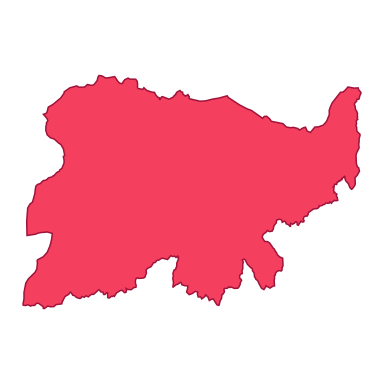 outline of Phonxay, Louangphrabang, Laos
{"feature_id": "54806243B12835501655609", "entity_name": "Phonxay", "entity_type": "district", "adm_level": 2, "iso_a3": "LAO", "parent_name": "Laos", "parent_adm1": "Louangphrabang", "projection": "equal_earth", "projection_center": [102.787, 19.886], "detail": "fine", "context": "isolated", "style": "filled", "palette": "rose", "viewbox_px": 384, "rotation_deg": 0, "n_neighbors": 0, "source": "geoboundaries", "source_scale": "gbopen_adm2", "svg_char_len": 5926}
<svg xmlns="http://www.w3.org/2000/svg" viewBox="0 0 384 384"><path d="M358.2,87.9L354.1,88.1L347.9,87.0L345.1,90.3L342.9,92.1L340.4,92.3L332.3,102.7L330.5,106.5L329.2,110.3L329.3,114.6L326.6,121.3L323.3,125.1L318.6,126.8L314.8,127.1L310.4,132.5L307.1,131.0L305.5,127.2L303.2,127.8L299.7,130.0L297.5,128.4L293.5,127.4L290.3,127.7L286.3,127.0L282.9,123.6L271.3,121.3L270.0,119.2L266.8,116.3L264.3,116.4L262.6,118.3L251.4,110.4L247.0,108.8L239.4,104.8L228.3,97.5L227.2,95.8L218.8,98.1L212.2,99.2L205.5,100.9L200.0,101.2L189.6,98.8L189.1,98.2L189.3,96.8L187.9,94.6L186.7,95.5L186.0,95.5L185.7,96.1L184.9,95.8L182.9,94.1L182.6,92.2L181.2,91.9L180.0,90.5L177.3,91.8L175.8,93.7L175.8,94.5L174.3,95.5L173.2,97.0L169.2,99.2L162.3,96.6L161.4,97.1L160.1,99.4L159.5,99.4L159.5,97.9L157.9,97.3L156.0,95.3L154.5,92.4L151.8,92.1L146.7,90.4L143.9,87.7L142.7,89.4L138.2,88.5L137.5,87.7L137.6,83.8L137.1,81.1L135.7,79.2L129.7,79.1L128.1,78.1L124.9,79.6L123.3,81.5L122.5,83.5L120.1,83.4L118.2,81.8L114.7,76.6L107.0,78.0L105.2,77.8L101.7,75.8L99.0,75.5L97.9,77.3L97.2,80.5L94.4,84.2L92.9,85.2L91.0,85.3L87.4,84.5L84.6,87.1L78.9,87.2L76.8,85.9L69.9,87.8L64.2,91.8L64.0,93.3L60.7,98.0L53.0,104.4L48.3,107.1L47.0,112.2L45.9,113.5L43.4,114.3L47.0,118.5L47.9,120.6L46.3,123.1L46.6,123.9L45.9,126.3L45.8,130.4L47.2,134.9L50.3,137.7L54.3,139.1L58.9,143.3L60.8,144.4L63.4,148.9L64.7,155.5L63.3,156.5L64.1,160.2L64.0,163.2L61.9,168.3L59.6,170.1L59.5,170.9L58.7,171.7L57.5,172.0L56.2,173.1L54.0,175.7L53.3,175.7L51.9,177.0L49.1,177.6L47.6,178.6L47.4,179.2L45.1,180.4L43.4,180.5L41.7,181.9L40.5,183.5L37.9,184.3L36.3,185.5L35.6,187.1L34.8,193.7L32.5,202.1L30.0,204.0L27.7,208.0L26.7,221.4L27.0,235.5L35.5,234.2L38.1,233.1L41.5,232.5L47.3,232.0L52.3,233.4L51.7,238.7L50.8,242.8L49.8,246.3L47.3,252.2L43.2,256.8L37.5,259.8L37.1,260.9L37.4,263.2L36.8,269.0L35.1,272.2L28.2,279.1L25.8,283.1L24.0,292.5L24.0,298.8L23.0,304.1L23.3,305.3L25.9,305.5L27.8,304.7L30.7,306.1L31.7,305.5L34.8,305.4L35.6,304.1L37.0,303.3L38.5,303.3L43.0,306.5L43.4,308.5L44.5,308.5L47.8,306.0L50.2,306.8L53.9,306.6L56.0,304.6L61.7,303.9L62.5,301.4L65.0,296.5L68.6,294.4L70.3,292.1L71.2,292.7L72.8,295.3L74.5,295.6L76.4,297.4L79.8,298.5L80.7,298.3L81.9,296.5L84.3,297.3L86.1,295.8L88.3,296.9L91.2,294.4L93.7,294.3L98.8,289.7L99.8,290.2L100.5,291.8L103.0,292.2L103.4,294.0L104.0,294.6L105.1,294.4L106.6,292.7L107.6,292.8L107.7,297.3L108.1,297.9L109.5,297.9L111.3,296.3L112.3,296.5L113.7,295.8L114.4,296.4L116.6,292.8L120.3,290.6L122.3,290.3L124.2,292.5L124.9,292.7L126.0,292.2L126.3,291.3L126.5,289.6L126.2,288.6L127.7,289.5L131.2,289.7L133.8,287.6L135.9,287.3L136.2,285.5L135.5,283.5L135.4,280.6L136.2,278.4L137.3,277.8L138.7,278.4L143.1,278.1L144.8,277.4L146.4,273.1L146.1,270.0L147.6,268.3L150.9,266.8L152.7,264.2L153.1,263.0L155.4,262.4L156.7,260.5L159.1,260.0L161.4,258.4L162.9,258.3L167.6,259.5L170.8,255.7L172.6,256.5L174.7,256.2L176.0,257.5L177.6,256.1L178.0,257.6L178.5,257.5L178.3,259.5L176.8,263.0L176.6,266.9L175.9,267.9L175.7,269.3L174.0,270.1L172.9,273.6L173.3,275.4L172.8,278.7L173.5,282.4L172.9,286.9L173.1,287.1L176.5,284.5L177.5,284.4L180.4,282.4L181.0,282.5L181.9,284.8L185.2,285.8L187.7,285.8L187.7,287.9L186.6,292.0L189.1,294.6L192.2,293.6L194.9,291.6L195.9,291.5L197.7,292.1L197.4,294.2L198.2,297.0L200.7,296.9L201.7,298.9L204.9,296.6L205.6,294.9L207.9,296.9L209.3,300.5L211.9,299.1L213.4,299.1L216.8,304.7L218.4,305.4L219.2,305.0L220.1,301.0L221.6,298.3L221.8,295.0L222.8,294.4L224.1,292.5L224.5,291.0L223.9,290.3L224.2,288.5L227.3,288.3L228.9,286.8L229.9,287.5L231.7,287.1L234.1,288.4L237.4,288.3L238.0,288.1L239.1,286.8L239.3,285.8L240.0,285.0L240.5,282.2L241.6,280.5L241.2,279.4L239.8,278.4L239.6,275.5L241.1,273.9L242.3,273.5L242.0,271.1L242.8,268.5L242.8,264.1L243.4,262.1L242.2,260.0L243.7,259.2L244.2,259.1L245.3,260.1L247.5,264.4L251.0,267.9L252.3,268.6L252.5,270.8L254.1,273.0L254.5,276.9L255.2,277.5L255.8,279.2L257.8,280.8L258.9,283.5L261.6,288.3L263.9,289.6L265.7,287.0L266.0,285.8L270.0,288.1L273.6,285.8L274.5,285.9L274.2,280.4L274.6,278.1L274.4,276.0L275.2,275.3L275.6,273.2L277.0,271.4L278.8,270.6L281.2,271.0L282.0,270.1L282.1,267.7L283.0,265.9L282.7,258.2L279.5,256.8L277.2,254.5L276.5,252.5L275.5,251.5L274.2,248.9L273.4,248.4L269.6,242.9L267.5,241.6L264.6,241.4L262.1,237.2L263.2,234.4L266.3,232.0L267.2,230.5L269.2,231.6L272.1,231.2L273.3,229.0L273.9,225.9L276.2,222.9L276.8,219.9L279.3,219.3L280.8,219.5L281.7,220.3L282.2,222.3L284.7,221.1L286.0,222.6L286.0,223.7L288.7,224.8L289.8,226.3L290.5,226.3L290.6,223.3L292.7,224.3L293.6,223.5L294.4,223.4L295.5,221.8L296.7,221.9L297.1,222.8L297.2,224.8L298.3,225.3L300.9,221.2L302.2,222.0L303.7,221.9L304.1,220.5L303.2,219.1L304.0,216.9L305.2,216.2L307.3,216.0L308.1,214.5L308.2,213.2L308.6,212.5L313.6,208.9L317.3,208.6L319.0,207.2L319.2,205.7L320.7,205.9L322.4,205.3L323.2,204.5L324.3,204.6L325.9,203.1L328.7,203.2L329.3,203.0L329.9,201.9L331.4,203.3L332.5,201.7L333.5,201.3L334.3,200.3L335.9,200.8L337.7,200.4L337.3,197.7L336.2,195.3L336.9,194.2L335.1,193.0L334.8,192.3L334.2,192.6L333.7,190.3L333.9,188.4L333.3,187.1L334.0,187.2L334.3,185.0L334.8,184.1L336.4,184.5L336.9,184.0L337.0,182.4L337.9,182.2L338.7,180.9L339.6,181.2L339.8,180.5L340.6,180.5L341.1,179.6L341.7,179.7L341.7,178.9L342.3,178.9L342.5,177.8L343.0,177.8L344.3,176.3L345.0,176.9L344.9,178.5L345.9,181.1L348.3,183.6L349.9,187.6L350.8,188.6L351.5,189.3L352.3,188.9L354.7,185.6L355.3,183.9L355.0,177.7L357.2,175.4L359.5,171.1L358.6,167.7L357.6,167.1L356.7,164.9L356.3,162.6L356.0,155.4L356.8,152.5L359.1,147.9L358.7,144.1L359.1,142.2L359.1,138.8L360.0,135.6L360.0,134.3L357.5,131.9L356.8,130.6L356.6,127.0L355.8,125.9L356.5,124.1L356.3,120.6L357.8,119.4L357.2,117.8L357.6,117.0L357.3,115.4L357.5,113.4L356.7,111.2L355.5,109.6L355.1,106.0L354.3,104.3L355.3,102.4L356.5,101.5L357.0,99.2L358.7,99.3L359.2,98.5L359.9,95.5L361.0,93.2L360.6,91.8L359.5,90.9L358.5,89.2L358.2,87.9Z" fill="#f43f5e" stroke="#9f1239" stroke-width="1.5"/></svg>